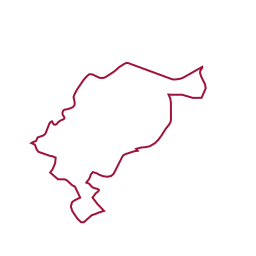 map outline of Varese (Equal Earth projection), rotated 64°
{"feature_id": "ITA-5451", "entity_name": "Varese", "entity_type": "Province", "adm_level": 1, "iso_a3": "ITA", "parent_name": "Italy", "parent_adm1": "", "projection": "equal_earth", "projection_center": [8.786, 45.833], "detail": "fine", "context": "isolated", "style": "outline", "palette": "rose", "viewbox_px": 256, "rotation_deg": 64, "n_neighbors": 0, "source": "natural_earth", "source_scale": "10m", "svg_char_len": 1717}
<svg xmlns="http://www.w3.org/2000/svg" viewBox="0 0 256 256"><g transform="rotate(64 128 128)"><path d="M105.6,34.5L106.4,34.8L108.3,38.0L110.3,39.2L114.5,39.7L122.5,39.6L126.5,40.8L133.1,48.7L129.3,56.6L121.8,64.8L117.2,74.3L116.2,76.0L115.7,76.9L120.2,77.1L124.2,78.4L139.2,85.7L141.0,86.9L142.7,89.1L145.3,94.5L149.8,101.8L152.0,106.2L153.5,110.6L153.9,116.5L152.9,120.7L151.3,124.7L150.3,129.9L152.7,129.3L151.6,132.8L150.4,141.6L150.4,144.1L151.6,146.1L162.9,161.0L163.7,164.0L162.9,167.7L160.7,171.1L158.0,173.9L155.2,175.8L152.2,178.9L153.5,181.7L156.6,185.0L158.8,189.4L160.9,187.4L165.4,186.1L167.2,184.7L169.2,182.3L170.8,181.3L171.9,182.3L172.6,185.7L175.0,190.4L182.9,188.8L192.0,185.9L191.2,191.0L191.0,194.8L190.5,198.9L193.3,209.0L192.1,211.5L187.3,213.2L178.3,214.5L173.6,213.8L170.3,211.0L169.6,208.1L169.6,201.5L157.4,201.4L155.1,203.2L148.4,205.8L146.5,207.2L143.4,213.4L133.9,217.5L131.9,213.7L127.5,208.8L122.9,206.0L120.0,208.6L118.5,210.7L110.2,218.9L107.5,219.5L102.1,219.0L99.2,221.5L99.0,219.8L99.4,216.4L96.9,213.5L97.6,207.3L97.2,205.7L96.7,204.4L89.6,196.8L88.6,194.6L88.7,193.4L89.7,193.3L91.0,193.3L92.2,193.2L93.3,191.7L93.1,190.2L92.2,188.2L91.8,186.3L91.7,184.4L91.9,182.0L91.3,180.8L90.2,180.5L87.6,180.9L86.2,180.6L84.5,179.3L83.8,178.0L83.8,176.6L84.6,173.9L84.9,171.9L85.1,168.7L84.5,167.0L83.7,165.8L81.6,164.7L76.3,163.4L74.1,161.1L71.2,157.1L65.4,147.0L63.5,142.4L62.7,139.3L63.1,138.3L63.7,137.3L64.4,136.4L69.9,132.0L70.7,131.1L71.3,130.1L71.8,129.0L72.3,127.8L72.4,125.7L71.2,115.7L69.4,109.3L68.8,104.1L68.7,101.5L69.3,100.0L70.0,99.1L103.4,67.1L104.4,65.7L105.3,63.7L106.6,59.6L106.9,57.3L106.9,55.4L105.6,34.5Z" fill="none" stroke="#9f1239" stroke-width="2"/></g></svg>